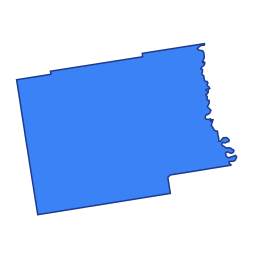 outline of Tripp, South Dakota, United States of America, rotated 81°
{"feature_id": "52423323B24567784344000", "entity_name": "Tripp", "entity_type": "district", "adm_level": 2, "iso_a3": "USA", "parent_name": "United States of America", "parent_adm1": "South Dakota", "projection": "equal_earth", "projection_center": [-99.824, 43.382], "detail": "fine", "context": "isolated", "style": "filled", "palette": "blue", "viewbox_px": 256, "rotation_deg": 81, "n_neighbors": 0, "source": "geoboundaries", "source_scale": "gbopen_adm2", "svg_char_len": 3023}
<svg xmlns="http://www.w3.org/2000/svg" viewBox="0 0 256 256"><g transform="rotate(81 128 128)"><path d="M56.6,39.3L56.5,102.2L59.9,102.4L59.9,125.6L59.8,195.7L62.9,195.7L62.9,230.5L77.6,230.5L79.2,230.5L96.6,230.6L98.0,230.6L102.7,230.6L111.7,230.6L113.8,230.6L118.6,230.7L120.5,230.7L128.9,230.7L130.5,230.7L132.5,230.7L134.5,230.6L140.3,230.7L142.9,230.6L144.1,230.7L144.8,230.7L147.2,230.7L151.3,230.7L156.5,230.7L159.9,230.7L161.5,230.7L165.1,230.7L165.6,230.7L192.3,230.7L199.2,230.7L199.5,230.7L199.2,96.4L197.2,96.4L191.9,96.4L186.5,96.4L183.0,96.4L181.0,93.5L181.0,89.0L181.0,84.7L181.0,77.5L181.0,75.1L181.0,68.0L181.0,60.0L180.9,52.3L180.9,43.4L180.9,33.0L180.6,32.0L180.3,32.2L179.9,32.6L179.5,33.0L179.1,33.2L178.5,33.5L178.0,33.6L177.4,33.5L177.1,33.3L176.8,33.0L176.9,32.4L177.1,31.9L177.1,31.7L177.1,30.9L177.2,30.5L177.3,29.8L177.2,29.2L177.2,28.8L176.9,27.8L176.4,27.0L175.8,26.6L175.1,26.2L174.2,25.4L173.7,25.3L173.1,25.3L172.6,25.6L172.2,25.8L171.9,26.1L171.9,26.7L172.1,27.3L172.2,27.6L172.4,28.1L172.4,28.7L172.5,29.3L172.6,29.6L172.7,30.1L172.7,31.3L173.0,31.8L173.0,32.6L173.0,33.3L172.9,33.8L172.5,34.2L172.2,34.6L171.9,34.9L171.6,35.1L171.2,35.3L170.5,35.5L169.0,35.5L168.3,35.6L168.0,35.4L167.8,35.1L167.4,34.8L167.2,34.1L167.3,33.4L167.5,32.9L167.8,32.4L168.0,32.1L168.3,31.8L168.4,31.6L168.6,31.2L168.8,30.7L169.0,30.4L169.1,30.0L169.1,29.6L169.0,29.2L168.9,28.7L168.6,28.2L168.4,27.8L168.0,27.4L167.4,27.2L166.9,26.9L166.5,27.0L165.9,27.4L165.6,27.9L165.4,28.4L165.1,28.9L164.8,29.1L164.4,29.3L164.1,29.6L163.8,29.9L163.6,30.5L163.5,31.0L163.4,31.4L163.2,31.7L163.2,32.2L163.2,32.8L163.2,33.4L163.1,34.0L162.6,34.6L161.7,35.6L160.8,36.4L160.5,37.0L160.1,37.4L159.8,37.7L159.4,37.9L158.8,38.0L158.3,37.8L158.0,37.6L157.6,37.3L157.3,37.1L157.0,36.7L157.4,36.3L157.5,35.7L157.7,35.2L157.9,34.6L157.8,34.0L157.8,33.6L157.6,33.3L157.4,32.9L157.3,32.4L157.3,32.2L157.2,31.0L157.1,30.6L156.7,30.2L156.2,30.0L155.4,30.1L154.7,30.4L152.9,32.1L152.5,35.4L153.6,36.7L155.6,39.0L155.3,40.3L155.0,40.2L154.6,40.3L151.9,40.0L148.2,40.4L146.6,40.1L144.9,40.4L145.0,41.2L143.8,43.0L141.0,44.1L138.3,45.3L134.6,43.5L133.2,42.7L132.9,43.7L133.8,44.7L134.2,45.2L133.4,45.7L132.7,45.2L131.9,45.1L132.0,47.4L131.4,49.7L129.4,50.1L128.2,49.6L126.8,48.1L127.3,47.4L126.0,44.9L123.4,43.3L121.9,44.5L121.0,45.1L119.4,46.3L117.8,45.1L116.3,44.0L114.0,43.6L113.5,43.5L113.1,44.3L113.0,44.9L112.1,45.7L110.6,45.0L109.1,44.9L108.8,45.6L107.2,45.9L106.9,44.8L105.4,43.2L103.9,43.0L104.1,43.8L103.2,45.0L102.5,45.0L101.9,43.6L102.4,42.2L101.6,41.0L100.1,41.7L99.1,42.5L98.2,43.2L97.1,42.9L96.1,42.0L94.3,42.7L94.5,43.6L93.1,45.0L91.7,45.0L88.0,45.1L87.1,46.5L85.4,46.5L84.4,45.7L81.7,45.3L81.6,46.2L80.6,46.9L79.2,45.4L78.2,43.4L76.9,42.3L75.1,41.9L74.5,42.9L74.8,43.2L75.4,43.6L74.7,44.3L74.0,44.0L71.2,42.0L69.5,41.5L67.3,41.4L65.0,41.4L63.2,42.4L63.0,43.5L62.3,45.3L61.7,46.4L60.6,47.2L60.3,46.6L59.1,45.4L57.9,42.8L58.1,40.5L57.9,39.5L56.9,39.2L56.6,39.3Z" fill="#3b82f6" stroke="#1e3a8a" stroke-width="1.5"/></g></svg>